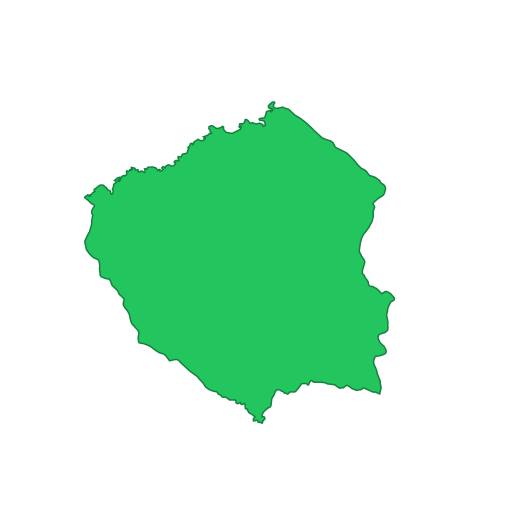 outline of Saen Monourom, Môndól Kiri, Cambodia, rotated 121°
{"feature_id": "14789045B8861726414707", "entity_name": "Saen Monourom", "entity_type": "district", "adm_level": 2, "iso_a3": "KHM", "parent_name": "Cambodia", "parent_adm1": "Môndól Kiri", "projection": "robinson", "projection_center": [107.168, 12.508], "detail": "fine", "context": "isolated", "style": "filled", "palette": "green", "viewbox_px": 512, "rotation_deg": 121, "n_neighbors": 0, "source": "geoboundaries", "source_scale": "gbopen_adm2", "svg_char_len": 6149}
<svg xmlns="http://www.w3.org/2000/svg" viewBox="0 0 512 512"><g transform="rotate(121 256 256)"><path d="M117.3,321.9L120.8,322.8L122.5,321.5L121.6,317.9L122.0,316.9L124.4,317.0L124.5,317.8L123.4,318.5L126.2,320.9L127.2,321.3L129.6,320.5L133.1,319.8L135.9,323.3L136.8,323.8L137.5,323.5L137.7,322.7L136.1,319.0L136.4,317.7L139.3,315.3L141.3,316.7L139.9,317.9L140.2,321.2L142.5,323.5L142.9,324.1L143.7,328.0L145.0,328.8L145.3,329.5L144.1,332.3L143.9,334.5L144.7,335.5L146.6,334.9L147.8,334.8L149.0,335.1L149.8,335.7L150.2,337.0L151.3,338.1L152.4,337.0L153.7,337.3L154.3,336.3L152.8,335.3L155.4,334.6L163.2,339.6L165.3,344.8L165.0,346.7L164.3,348.8L162.1,350.3L162.1,351.5L163.3,351.8L165.5,353.5L166.9,355.3L167.1,357.0L166.8,359.9L167.2,361.2L169.1,362.9L171.3,361.9L171.5,360.6L172.7,359.6L173.3,358.0L173.8,357.3L174.3,357.7L174.6,358.7L177.5,359.7L180.8,362.4L180.8,361.1L181.1,359.3L181.5,360.5L182.1,361.1L183.5,360.3L184.2,360.7L185.8,363.3L185.8,365.8L190.7,368.0L191.5,367.6L193.0,367.3L192.5,368.8L193.4,370.1L195.3,369.5L198.2,370.2L198.4,369.1L203.3,368.3L204.4,368.9L206.2,371.2L206.9,371.5L209.7,371.3L210.4,372.5L210.9,373.9L212.7,372.9L213.4,371.5L214.0,371.2L214.5,371.6L214.9,372.5L214.9,373.2L215.7,374.2L217.1,374.6L218.0,374.3L217.7,373.4L217.8,372.7L219.1,372.6L221.2,373.2L222.0,373.8L222.4,374.5L222.6,376.8L223.1,378.2L225.1,379.5L226.1,379.6L227.5,379.3L227.1,380.9L227.3,381.8L229.0,382.1L229.5,381.4L229.7,380.3L230.7,380.4L232.4,381.3L232.7,382.5L231.4,382.8L231.8,383.8L233.3,384.4L232.4,386.2L232.1,387.5L233.0,390.6L235.9,394.6L237.2,394.2L238.0,394.6L238.0,395.4L238.7,396.4L240.1,394.8L241.6,394.4L241.9,395.5L241.9,397.5L243.1,398.9L244.1,399.0L244.5,399.7L244.1,400.6L243.1,401.2L242.9,401.8L244.3,403.5L243.2,404.9L244.1,408.4L244.8,408.1L245.7,406.6L246.4,407.0L246.5,408.1L247.0,408.6L248.0,408.0L248.5,408.7L249.3,409.2L249.4,410.4L250.1,410.7L251.1,410.0L251.9,409.0L253.6,409.0L254.9,409.8L255.3,411.1L258.0,412.4L259.5,411.6L260.7,411.4L262.8,411.7L262.9,412.6L262.4,413.0L261.4,413.0L260.2,412.3L259.0,413.6L260.1,414.8L264.1,416.2L264.1,414.6L264.4,413.6L265.2,413.7L266.7,414.6L268.0,414.8L270.0,413.9L273.0,413.3L273.7,411.9L275.1,411.3L276.6,411.1L277.4,411.3L277.5,412.2L275.3,414.3L275.6,417.0L275.3,418.0L274.7,418.7L274.5,419.7L274.5,421.8L274.0,422.5L274.1,423.8L275.5,426.1L276.8,426.8L281.0,428.3L282.1,429.0L283.5,428.3L283.8,427.3L285.6,428.5L288.2,428.8L288.9,429.8L289.9,428.9L290.8,429.7L290.1,431.6L291.2,431.9L292.9,433.0L294.0,433.1L294.3,432.3L294.6,429.2L295.7,424.9L295.8,422.7L295.6,421.6L295.8,420.6L296.6,420.1L298.4,420.3L301.4,420.2L303.4,419.3L305.2,416.9L310.2,415.1L313.7,413.1L320.8,411.2L323.3,411.2L331.0,410.5L332.8,409.4L337.9,404.6L339.6,400.7L340.6,397.2L341.1,394.1L340.5,390.2L340.7,388.7L342.3,386.9L344.1,385.6L344.6,384.9L347.3,383.8L350.4,381.3L352.1,380.2L352.9,379.4L353.2,378.7L353.4,377.0L352.5,372.5L351.6,370.6L351.6,369.5L352.2,368.1L355.3,364.3L357.0,356.7L359.2,353.7L360.6,347.1L362.0,346.3L364.8,345.5L366.0,344.7L366.6,344.0L367.5,342.5L369.3,337.9L371.2,334.6L375.1,331.0L377.2,328.7L378.2,326.9L380.7,318.4L382.3,316.7L387.0,314.8L390.1,312.4L390.6,311.4L388.9,306.9L388.1,302.3L387.9,299.2L388.5,295.0L388.7,289.5L387.6,284.8L387.7,282.7L388.3,280.9L390.1,276.8L390.2,275.9L386.6,272.3L385.5,270.4L385.2,268.9L386.4,264.8L388.8,252.7L389.6,243.9L390.6,241.4L391.9,236.6L394.1,231.8L394.5,229.9L394.6,226.9L393.9,223.2L392.7,219.9L392.9,218.7L393.6,217.7L393.8,216.9L393.5,216.1L393.5,214.8L394.1,212.8L394.1,211.6L392.5,209.3L393.0,204.3L391.6,202.3L391.0,200.9L390.0,199.8L390.5,198.6L391.8,197.8L392.3,196.8L392.0,195.6L389.8,194.0L390.8,192.2L390.5,191.5L388.3,189.7L389.6,188.4L392.2,186.7L392.3,186.0L391.7,184.5L392.9,183.4L393.2,182.4L393.9,181.7L394.0,180.6L393.8,178.3L394.4,173.9L396.6,174.4L397.9,173.9L398.6,173.2L398.3,172.5L397.0,171.4L396.4,170.5L396.4,169.6L397.3,168.6L396.4,166.4L396.3,165.0L395.7,164.5L394.7,165.1L394.0,165.2L393.4,164.8L392.6,165.1L391.6,164.4L390.6,164.8L389.8,165.6L389.7,166.5L390.6,168.1L390.1,168.6L387.1,169.2L385.7,169.2L380.7,167.7L377.6,165.9L375.6,166.5L370.6,168.8L369.2,169.1L367.1,168.9L362.5,169.6L360.4,169.4L359.5,168.7L358.7,167.1L358.6,164.3L358.2,163.0L358.9,161.1L358.1,159.7L358.3,158.1L357.4,157.3L355.5,157.1L354.6,156.3L352.8,153.1L351.8,152.3L347.1,151.5L341.9,151.1L339.5,147.4L339.5,146.6L339.9,145.2L339.4,144.6L335.8,145.1L334.8,144.9L334.1,144.4L334.5,141.7L331.0,135.8L328.9,131.1L328.8,128.9L325.9,122.4L326.3,116.5L323.9,113.2L320.3,111.9L319.7,109.3L320.2,105.6L319.4,100.7L316.0,96.7L315.0,96.6L313.9,96.1L313.5,95.3L312.4,85.6L311.1,83.6L310.6,78.9L304.3,81.0L301.3,83.8L299.2,85.2L294.7,91.1L291.8,93.9L290.0,96.2L288.7,98.4L287.5,99.8L285.3,101.2L281.3,102.0L280.5,101.9L277.3,98.1L274.0,95.4L272.7,94.9L271.5,94.9L269.9,95.9L269.2,96.7L267.5,99.8L266.5,104.5L266.0,105.6L264.1,108.4L263.0,109.4L261.4,110.0L260.0,110.0L259.3,109.7L254.8,105.8L251.8,105.0L249.6,105.9L247.5,107.4L244.7,108.9L239.2,113.8L235.8,114.8L233.0,116.1L229.5,116.6L226.3,116.8L225.5,116.6L223.3,115.2L222.3,115.1L221.0,115.4L220.5,116.3L218.9,121.5L219.0,123.9L219.3,126.1L220.3,127.1L223.3,128.7L223.5,129.5L222.8,131.4L221.8,136.1L222.1,139.0L222.0,140.2L223.3,142.9L222.9,144.3L220.3,146.7L219.2,148.9L218.5,151.0L216.8,153.3L216.6,154.6L216.0,155.9L213.4,157.4L205.7,159.4L204.8,160.0L203.9,160.9L201.8,165.4L198.8,170.0L191.1,173.3L186.1,174.7L181.7,175.0L179.1,174.5L173.6,174.0L166.9,174.3L161.9,175.7L157.8,178.4L153.0,179.5L152.2,180.3L151.1,182.5L149.9,182.8L144.4,181.2L139.1,178.5L137.3,178.2L135.9,178.3L131.6,179.6L130.4,180.6L129.7,181.6L129.1,183.4L129.1,186.6L127.9,188.2L127.6,189.3L127.2,194.0L127.6,196.8L128.5,199.8L128.1,201.6L126.8,204.5L126.4,206.1L126.3,207.4L126.6,210.8L125.7,215.1L123.4,221.2L121.0,230.8L121.2,235.2L121.9,242.1L121.8,244.4L119.2,248.3L118.9,251.2L120.3,256.9L120.6,260.4L118.5,271.2L117.8,273.4L116.2,280.7L115.2,288.5L115.2,295.4L113.4,303.7L114.2,306.5L114.8,310.1L116.5,311.6L119.0,314.6L119.5,316.5L119.0,317.9L117.1,318.9L115.3,318.7L114.6,319.3L114.8,320.3L115.5,321.0L117.3,321.9Z" fill="#22c55e" stroke="#15803d" stroke-width="1.5"/></g></svg>